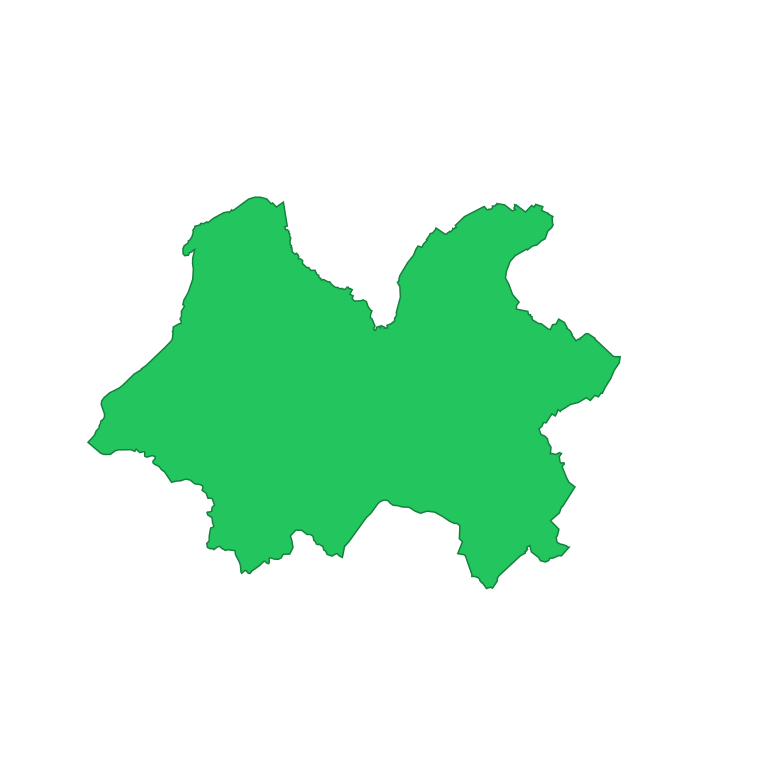 Mueang Phichit, Phichit, Thailand (Mercator projection), rotated 306°
{"feature_id": "78962969B35136792725938", "entity_name": "Mueang Phichit", "entity_type": "district", "adm_level": 2, "iso_a3": "THA", "parent_name": "Thailand", "parent_adm1": "Phichit", "projection": "mercator", "projection_center": [100.377, 16.403], "detail": "fine", "context": "isolated", "style": "filled", "palette": "green", "viewbox_px": 768, "rotation_deg": 306, "n_neighbors": 0, "source": "geoboundaries", "source_scale": "gbopen_adm2", "svg_char_len": 6171}
<svg xmlns="http://www.w3.org/2000/svg" viewBox="0 0 768 768"><g transform="rotate(306 384 384)"><path d="M162.8,178.8L161.5,195.2L162.3,198.7L166.2,204.0L172.0,205.8L174.4,207.6L182.2,218.0L183.0,222.0L185.7,221.7L185.0,226.8L188.4,229.7L188.0,230.7L185.0,232.7L185.0,233.8L185.7,235.4L189.7,238.4L190.8,241.4L189.4,242.7L185.8,242.4L184.5,243.4L184.2,245.6L185.1,250.3L183.9,254.4L183.9,258.2L179.6,269.9L183.6,273.2L185.9,276.2L190.7,279.6L192.3,283.5L192.0,289.6L194.7,294.6L194.9,297.1L194.2,298.1L191.0,299.4L191.2,304.2L188.1,308.7L190.1,311.4L190.2,312.5L186.4,318.1L183.3,317.4L179.8,319.3L178.2,318.4L176.7,316.5L175.9,316.4L174.5,318.4L174.8,323.5L171.1,326.7L169.1,329.8L167.5,329.8L165.6,328.4L158.2,332.0L154.3,334.8L150.8,334.3L148.0,337.3L148.8,340.7L150.1,342.0L150.0,343.7L154.5,345.1L156.2,346.8L155.6,349.0L156.2,353.7L158.0,354.9L161.6,361.4L158.7,364.1L154.9,371.7L152.8,374.5L148.0,378.6L147.2,380.1L151.6,381.2L151.9,382.5L151.1,385.4L152.0,387.0L154.9,387.0L164.2,390.1L170.0,391.1L170.6,392.2L170.2,394.9L170.9,396.3L172.4,396.0L175.3,393.6L176.4,393.9L178.0,398.4L180.0,401.5L182.8,403.0L187.1,402.6L191.0,407.7L198.2,406.5L203.1,401.6L206.0,397.6L213.9,398.5L217.3,403.5L217.0,410.2L218.6,412.2L219.2,414.8L218.8,416.4L216.4,419.0L215.9,421.7L214.8,423.3L215.2,425.0L216.3,425.9L216.4,428.9L217.1,429.6L214.3,432.8L214.5,435.2L212.7,438.1L214.2,443.1L218.4,445.0L219.2,445.8L218.7,449.0L219.2,452.3L230.0,447.3L230.2,447.7L235.9,448.3L265.2,448.2L272.2,449.4L283.7,449.4L286.4,450.0L289.7,451.9L290.8,453.2L292.0,455.9L291.2,459.1L291.3,462.7L293.9,467.1L295.0,470.6L299.0,476.7L299.5,484.3L300.9,489.6L306.5,493.6L310.1,500.3L311.3,509.3L311.5,517.5L312.6,523.0L314.0,524.7L314.0,528.7L303.1,535.9L302.5,540.2L290.1,543.4L292.9,549.0L292.8,550.9L281.6,567.0L279.9,568.2L281.6,570.6L282.7,573.8L282.4,575.9L281.3,577.1L280.6,579.9L281.1,580.2L278.8,587.2L282.2,589.5L282.6,591.8L290.9,591.5L293.8,589.8L296.5,589.7L325.2,595.3L330.3,597.7L331.1,596.5L332.8,597.4L333.4,596.8L334.5,597.4L335.9,595.4L339.0,596.9L334.8,601.9L334.5,611.0L333.0,614.4L334.8,619.1L337.9,621.0L340.6,620.7L342.3,622.9L348.2,626.5L349.2,628.5L360.8,629.7L360.0,628.2L360.4,627.1L359.2,622.9L358.3,621.3L357.6,616.9L361.3,613.4L363.2,613.4L369.3,610.9L371.3,599.0L382.8,601.7L389.0,599.7L389.6,600.5L413.0,599.0L413.2,591.4L415.4,586.9L421.5,577.2L423.0,576.4L425.0,577.0L425.9,576.3L425.8,575.3L424.1,574.2L424.5,572.1L428.3,568.5L432.0,568.5L431.7,566.4L427.9,564.4L426.5,560.7L425.3,559.7L431.1,556.2L432.9,551.5L435.7,548.5L436.4,544.8L435.4,540.7L438.9,535.7L442.8,536.7L446.6,535.6L447.8,538.0L458.5,537.4L458.8,541.3L461.6,541.0L465.4,539.7L465.4,542.8L466.5,542.7L477.1,546.9L483.3,552.1L491.9,555.8L491.9,560.6L498.7,561.2L499.6,565.0L504.2,564.9L504.8,566.1L511.3,564.9L521.7,564.2L530.4,562.2L539.3,561.9L544.9,559.0L541.7,554.6L541.2,552.6L544.4,527.9L545.0,527.8L544.7,519.6L543.1,517.6L537.8,516.4L536.8,515.7L535.2,516.3L534.7,514.9L531.8,514.0L534.1,507.0L534.8,507.0L536.5,503.1L536.6,499.0L537.2,499.0L539.8,493.9L539.2,487.2L533.6,488.0L531.1,485.5L525.9,486.6L525.0,484.7L525.2,475.8L523.7,473.3L523.2,466.1L525.4,464.2L524.8,462.9L526.2,461.8L525.3,460.9L525.5,459.6L527.3,457.7L522.4,447.1L525.4,445.1L529.6,445.2L531.9,435.5L537.9,426.6L541.1,420.0L547.2,416.8L557.2,414.0L564.9,414.7L577.0,420.1L576.7,421.2L582.8,423.0L586.4,426.0L592.5,427.2L596.1,429.0L603.8,426.7L609.0,427.7L612.2,427.3L613.0,425.9L617.3,422.4L618.7,422.3L618.1,417.0L618.6,416.8L617.0,409.4L620.8,408.3L618.5,401.1L615.5,401.6L615.2,398.5L606.3,397.4L606.6,385.5L605.7,385.5L605.7,384.4L604.4,385.5L602.7,385.7L602.2,387.8L599.4,386.0L599.8,376.3L596.4,369.3L595.5,369.9L594.6,369.1L593.2,369.1L591.7,367.1L590.5,368.2L588.2,367.8L587.1,366.1L585.9,365.8L585.5,365.0L586.5,360.7L566.7,350.7L554.2,348.5L553.2,350.5L551.8,349.5L550.9,349.6L550.3,348.2L549.1,348.9L546.4,348.4L546.0,347.4L545.4,347.7L544.6,346.9L541.8,346.4L541.1,345.2L540.8,334.4L539.0,334.9L534.8,334.6L532.8,332.9L531.7,333.4L525.7,333.5L525.6,334.4L520.3,333.7L516.9,334.4L515.6,330.4L511.3,330.7L505.7,332.2L496.0,331.8L481.2,333.1L478.3,334.1L476.8,335.3L474.1,335.2L472.1,339.6L463.9,346.2L449.1,351.9L446.8,353.9L443.7,353.9L441.3,355.4L439.7,355.3L438.8,354.5L437.5,354.7L433.2,351.9L431.4,353.9L429.4,351.5L430.3,351.2L429.6,347.4L427.3,347.8L427.9,346.2L425.6,344.7L423.0,345.6L421.7,345.0L423.1,342.8L425.5,342.7L426.0,342.0L429.6,336.0L429.7,333.9L432.4,332.3L436.2,331.2L435.9,329.6L437.3,325.6L440.3,321.3L439.8,317.7L437.3,316.0L433.7,311.1L434.4,308.0L437.2,307.3L436.6,303.6L441.7,302.9L441.3,300.6L440.5,300.0L441.3,298.4L440.7,297.2L438.5,297.2L436.8,295.9L436.8,294.1L435.1,292.3L434.9,289.8L433.5,287.8L433.8,282.9L434.8,280.2L433.7,278.6L433.0,273.6L431.3,272.5L432.3,270.6L431.9,268.6L433.5,267.5L433.3,264.9L435.5,261.4L432.9,258.0L434.0,254.5L432.8,253.2L433.5,247.3L436.1,245.5L436.1,243.2L435.2,240.9L436.9,240.2L437.9,238.8L438.3,236.3L436.7,235.6L437.1,231.8L440.0,229.5L439.8,228.4L441.4,228.1L441.7,226.2L444.3,224.0L447.3,222.8L448.2,220.7L450.3,219.2L450.5,217.8L451.6,217.4L452.0,215.4L451.1,213.9L452.6,211.3L454.9,212.9L472.0,195.7L463.9,192.9L465.0,187.5L463.6,186.9L463.6,185.8L464.8,180.4L462.4,174.2L459.3,169.8L454.1,165.8L436.6,160.3L435.1,159.5L435.4,158.4L431.8,158.0L431.8,156.9L428.5,153.7L417.8,148.6L411.1,146.8L411.1,145.4L407.6,143.8L406.7,141.8L405.9,141.3L404.8,141.8L400.4,138.3L399.5,139.0L396.2,139.0L394.6,140.5L390.5,142.0L386.5,142.3L384.8,141.6L382.9,142.6L378.4,141.1L375.1,141.9L371.2,145.0L370.7,147.4L373.3,150.1L375.8,149.5L378.0,150.9L380.2,151.0L381.7,151.8L373.3,155.3L368.8,158.4L365.1,162.1L356.3,167.7L342.9,171.8L334.2,172.8L329.9,174.6L330.1,176.0L329.4,176.9L323.8,177.3L319.5,180.5L317.4,180.5L316.2,181.3L316.2,182.5L313.7,184.2L312.0,182.7L306.2,180.0L303.2,182.0L302.1,182.0L301.2,183.4L296.2,186.2L293.9,186.6L284.2,185.2L259.2,180.7L253.6,178.8L253.0,179.3L245.1,176.0L228.6,173.2L224.8,172.0L215.5,167.2L208.1,165.5L204.3,165.6L201.1,167.4L195.5,175.5L192.8,177.3L190.3,177.6L187.7,176.7L185.1,177.9L182.7,178.1L181.3,179.3L176.6,178.8L172.2,179.9L162.8,178.8Z" fill="#22c55e" stroke="#15803d" stroke-width="1.5"/></g></svg>